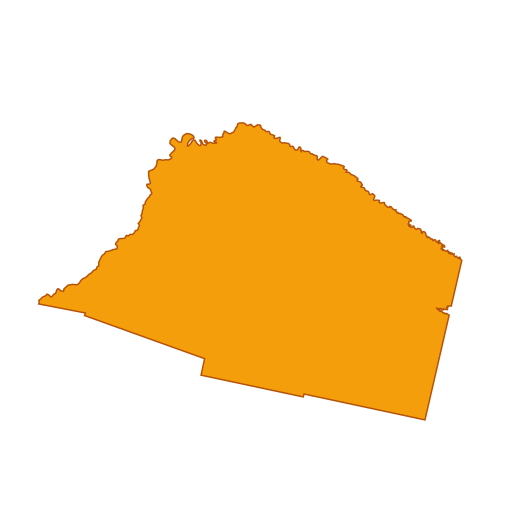 outline of General José de San Martín, Salta, Argentina, rotated 103°
{"feature_id": "61730980B17678477966583", "entity_name": "General José de San Martín", "entity_type": "district", "adm_level": 2, "iso_a3": "ARG", "parent_name": "Argentina", "parent_adm1": "Salta", "projection": "robinson", "projection_center": [-63.954, -22.826], "detail": "fine", "context": "isolated", "style": "filled", "palette": "amber", "viewbox_px": 512, "rotation_deg": 103, "n_neighbors": 0, "source": "geoboundaries", "source_scale": "gbopen_adm2", "svg_char_len": 6047}
<svg xmlns="http://www.w3.org/2000/svg" viewBox="0 0 512 512"><g transform="rotate(103 256 256)"><path d="M377.7,54.5L270.2,54.5L269.1,57.6L269.1,57.9L269.8,58.2L269.7,59.2L269.0,60.2L269.2,61.3L268.5,62.0L268.1,63.5L267.9,63.6L268.3,63.8L268.4,64.5L267.4,65.0L267.7,65.6L266.9,66.3L267.3,67.1L266.3,68.0L266.3,66.7L265.7,64.6L266.0,64.5L265.7,64.1L265.9,63.0L266.2,62.6L266.5,62.7L266.6,62.2L266.1,61.3L265.7,61.3L265.9,61.1L265.5,60.9L265.5,59.2L265.1,58.5L265.2,57.4L264.8,57.4L264.5,57.9L263.6,58.3L263.3,57.8L263.1,58.2L262.8,58.0L262.8,58.4L261.7,58.0L261.4,57.5L261.6,57.0L260.9,55.8L260.9,54.5L214.0,54.5L213.8,55.1L212.5,56.4L212.6,57.4L212.0,56.8L211.4,56.9L211.4,57.5L212.7,58.5L211.2,60.6L211.4,61.3L211.9,61.7L211.7,62.4L210.7,63.5L209.4,63.5L210.2,65.2L209.1,65.5L209.0,65.9L210.1,67.0L209.0,67.5L208.7,68.5L209.2,68.8L209.9,68.2L210.1,68.7L208.0,70.0L207.5,70.6L208.6,71.2L208.0,73.4L208.3,74.3L207.6,75.1L208.4,75.1L208.4,75.5L207.8,75.9L207.4,77.1L206.7,77.3L206.0,76.3L204.9,75.7L204.8,74.2L203.9,74.4L203.3,75.1L203.2,75.7L204.4,75.6L204.4,77.2L203.8,76.9L202.5,77.5L201.6,79.7L201.6,80.2L202.5,80.3L202.5,81.2L201.9,81.3L201.8,80.7L201.2,80.3L200.0,80.4L199.6,80.9L200.1,81.5L201.1,81.1L201.0,82.4L201.8,82.6L201.7,83.4L200.0,84.8L200.0,85.8L200.9,86.4L201.1,87.1L200.4,87.2L199.8,88.3L200.2,89.3L199.4,90.2L198.6,92.0L199.5,92.9L199.4,93.3L198.8,93.8L198.2,93.8L197.6,95.1L196.2,95.5L195.0,96.5L194.7,97.2L194.5,97.9L195.1,99.2L196.4,99.1L196.0,100.3L194.2,100.6L193.1,101.6L192.6,102.6L192.7,104.5L194.0,105.5L193.4,107.5L191.3,109.1L191.5,109.7L192.8,109.9L193.0,110.5L193.1,111.7L192.4,112.0L191.4,111.8L191.2,112.0L191.3,112.6L192.5,112.9L192.5,113.8L192.0,114.0L190.7,113.6L190.5,114.1L191.2,114.4L191.0,114.8L190.5,114.9L189.1,114.5L188.3,114.9L187.7,114.5L187.0,112.7L186.4,112.8L185.2,115.6L185.0,117.4L184.0,119.0L184.1,119.4L184.6,119.4L184.6,120.2L184.1,121.0L183.3,121.5L182.3,123.9L182.1,125.5L182.6,126.5L181.7,127.3L182.2,128.1L181.3,128.9L180.8,130.0L180.5,130.2L179.6,129.9L179.9,131.9L179.0,133.9L177.8,135.1L177.6,136.7L178.4,136.8L178.8,137.3L178.6,139.2L177.1,141.9L175.4,142.7L175.0,143.2L176.6,147.2L175.7,148.2L174.5,148.1L174.1,148.4L174.3,150.5L175.3,153.6L174.7,154.1L173.3,154.1L171.4,153.6L170.5,153.9L169.1,156.4L170.4,158.2L170.5,159.4L168.4,160.5L167.9,161.2L167.4,164.4L165.4,165.7L165.2,166.3L165.2,169.0L164.9,169.5L164.5,169.5L163.2,168.4L162.7,168.5L160.8,170.3L160.4,171.1L160.1,174.3L159.5,174.5L158.1,173.9L157.5,174.4L155.8,178.1L155.1,181.8L153.6,184.2L154.0,187.1L152.0,186.6L151.6,187.3L151.7,189.1L151.2,190.4L150.7,190.6L149.1,190.1L148.7,190.7L148.1,197.0L148.5,198.8L148.4,200.6L149.2,202.3L149.6,203.7L149.2,206.6L148.7,207.9L147.8,208.6L146.8,208.7L145.9,207.9L145.4,207.9L144.6,210.1L143.9,213.2L144.4,214.1L147.8,216.1L148.6,217.1L147.9,218.3L145.7,218.4L144.7,219.2L144.5,222.4L143.8,224.4L144.0,225.8L142.4,227.7L142.4,229.4L143.3,232.2L142.6,233.7L142.7,234.2L143.1,235.1L144.0,235.4L142.9,236.4L141.7,236.2L140.6,236.8L139.9,237.9L140.1,238.4L140.9,238.8L143.3,239.4L143.7,240.6L143.7,241.6L143.3,242.4L141.2,244.3L140.9,245.5L141.5,246.7L141.4,247.5L139.8,248.4L139.1,249.5L139.3,253.9L140.1,255.7L139.2,258.3L138.1,258.9L135.5,258.9L135.0,259.4L135.2,260.0L136.9,262.7L137.0,264.8L136.1,265.2L134.9,264.9L134.5,265.2L134.0,269.8L133.3,269.9L132.0,271.0L131.8,271.6L132.5,274.3L131.4,275.7L131.2,278.1L129.3,280.4L128.0,280.7L127.5,281.5L127.8,284.0L130.6,286.6L130.7,287.2L130.3,288.5L129.2,289.8L129.0,290.6L129.2,291.4L130.3,292.7L130.8,294.6L129.2,296.9L129.4,299.6L130.3,302.3L131.5,303.6L134.1,303.5L135.8,304.6L137.2,304.6L138.7,305.3L140.4,305.6L141.0,306.7L142.7,308.6L142.7,310.5L142.4,311.8L141.4,313.9L141.5,314.8L142.2,315.2L143.1,314.9L144.7,315.6L147.5,315.3L148.8,318.8L149.1,321.5L149.4,322.0L150.1,322.3L151.6,320.8L152.1,321.1L153.2,322.6L153.6,322.7L153.9,322.4L154.2,320.2L154.6,319.8L154.9,320.0L155.8,323.2L155.5,326.4L156.6,327.7L156.8,328.5L155.8,329.4L154.7,330.0L154.6,331.2L155.0,332.0L155.5,332.1L156.2,331.5L157.7,329.2L158.5,329.2L159.5,329.8L159.2,332.5L158.0,333.7L156.0,335.1L155.6,335.7L155.6,336.6L156.4,336.6L157.7,335.0L158.3,334.8L160.4,334.8L161.0,335.2L161.1,336.0L159.9,338.4L157.0,341.6L156.8,342.9L158.3,344.2L160.3,344.5L163.2,346.1L164.0,346.7L164.2,347.6L161.5,347.8L158.3,346.7L156.4,345.4L155.1,343.1L154.6,343.0L153.6,343.6L152.8,344.7L152.3,346.1L151.9,349.0L152.5,351.5L155.0,353.9L157.1,354.5L160.9,354.4L162.0,354.8L162.3,356.1L162.1,357.4L159.7,361.8L159.7,363.2L160.2,364.1L163.0,365.5L165.5,365.2L166.3,364.3L168.5,359.8L170.0,359.1L171.1,359.2L176.8,362.7L177.9,362.2L178.6,360.3L180.0,360.6L180.8,361.3L182.1,363.1L182.6,366.0L183.7,368.2L183.7,371.6L184.3,373.1L185.7,373.8L188.2,373.4L191.4,373.6L194.3,375.2L195.5,376.5L197.0,379.0L198.1,379.6L202.3,378.5L204.9,377.4L208.0,375.5L208.8,375.3L209.9,376.1L210.7,378.4L211.3,378.5L213.4,377.2L214.8,373.9L218.5,371.6L219.4,372.0L220.4,372.9L222.4,373.3L224.2,374.5L227.9,375.9L230.7,375.9L231.8,377.3L232.3,377.4L234.8,376.5L237.2,376.9L240.4,376.6L242.4,377.2L244.5,375.8L247.9,376.7L250.9,378.0L251.5,377.0L252.6,376.5L257.3,377.2L257.8,377.5L258.0,378.6L258.6,379.3L261.1,379.9L262.7,381.1L263.3,383.6L265.2,384.9L265.0,386.7L265.5,387.2L267.6,387.4L268.5,388.6L269.8,392.8L270.6,393.9L272.3,393.9L274.2,395.2L275.7,395.5L276.4,395.3L277.0,394.0L277.7,393.3L280.1,393.2L281.2,394.8L281.8,396.5L284.7,400.8L285.0,402.4L285.9,403.6L287.8,403.9L289.8,405.8L291.9,406.6L297.4,407.8L300.9,407.0L302.3,408.4L304.8,408.6L306.7,411.1L309.4,412.5L311.6,414.7L314.0,416.2L315.7,417.7L317.1,419.7L319.5,421.3L322.0,422.0L323.7,423.3L324.5,424.4L324.9,428.3L326.7,432.6L331.3,435.7L332.0,435.8L333.0,435.4L333.8,435.9L333.8,438.8L332.9,439.8L332.4,441.5L333.4,442.3L337.6,442.9L338.8,444.5L341.6,445.8L342.0,446.7L340.4,449.5L340.2,451.1L341.8,451.8L344.5,455.2L346.5,456.1L347.5,457.3L348.4,457.5L350.3,456.6L351.6,456.9L349.9,409.4L352.6,409.7L367.6,283.0L384.5,282.7L382.7,178.2L379.7,178.2L377.7,54.5Z" fill="#f59e0b" stroke="#b45309" stroke-width="1.5"/></g></svg>